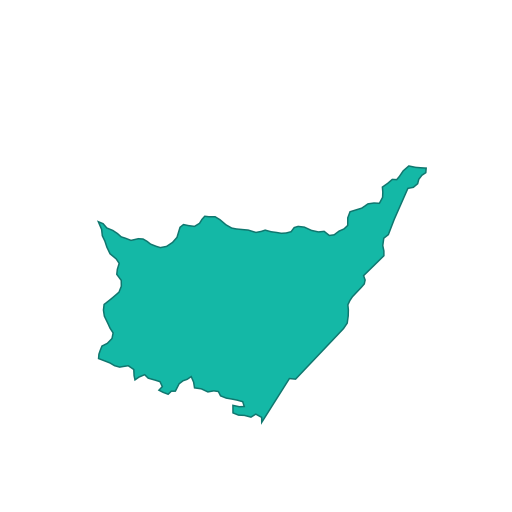 outline of São Miguel das Matas, Bahia, Brazil, rotated 319°
{"feature_id": "56859067B28350872520610", "entity_name": "São Miguel das Matas", "entity_type": "district", "adm_level": 2, "iso_a3": "BRA", "parent_name": "Brazil", "parent_adm1": "Bahia", "projection": "robinson", "projection_center": [-39.418, -13.038], "detail": "fine", "context": "isolated", "style": "filled", "palette": "teal", "viewbox_px": 512, "rotation_deg": 319, "n_neighbors": 0, "source": "geoboundaries", "source_scale": "gbopen_adm2", "svg_char_len": 2173}
<svg xmlns="http://www.w3.org/2000/svg" viewBox="0 0 512 512"><g transform="rotate(319 256 256)"><path d="M151.2,385.3L200.8,370.4L205.1,374.9L274.4,368.2L280.8,366.5L286.4,361.6L290.4,357.2L293.3,353.1L297.6,351.2L302.0,350.0L315.3,348.7L319.4,348.1L322.6,345.7L324.3,341.4L352.7,339.7L355.8,336.1L358.5,331.3L364.1,326.4L369.9,326.7L379.7,321.5L384.4,319.0L415.0,304.6L419.8,307.4L425.4,307.5L429.2,304.9L434.2,303.9L438.8,304.5L442.1,301.3L438.6,297.9L434.6,293.8L430.4,288.3L423.0,288.3L416.6,290.0L412.3,290.7L409.1,287.6L403.3,287.6L396.6,286.9L393.6,291.0L390.0,294.8L383.7,297.2L379.8,293.4L374.7,290.1L367.3,289.3L361.9,286.9L356.0,284.3L350.3,287.4L345.3,293.1L340.1,293.3L335.0,291.7L328.9,291.3L324.8,288.6L323.6,282.1L318.9,278.8L314.6,273.0L311.4,265.9L307.2,261.3L303.5,259.6L298.4,260.7L293.8,258.4L290.0,255.5L287.0,251.8L283.3,247.6L279.9,242.5L276.1,240.9L271.4,238.2L267.1,231.3L262.5,226.5L258.9,222.7L256.0,219.0L253.8,212.8L252.6,204.9L250.9,199.6L246.3,195.6L243.4,192.4L239.3,192.9L234.8,194.3L229.0,193.3L225.0,188.8L221.9,184.7L217.5,184.5L212.9,187.4L208.6,190.1L201.9,191.0L194.8,190.1L189.3,186.9L187.0,183.2L184.2,177.8L183.4,173.5L181.9,169.1L178.6,165.8L171.9,162.2L169.1,156.9L166.8,153.1L166.2,148.3L164.7,142.8L161.8,137.0L161.8,131.3L159.5,126.7L156.9,134.7L153.3,139.9L151.7,145.7L149.3,151.4L147.3,158.6L148.6,166.5L147.9,171.8L142.6,175.1L138.9,178.5L138.3,186.0L134.5,190.5L128.9,193.4L120.8,193.4L115.2,193.2L109.6,192.9L105.4,196.7L102.1,201.9L99.8,210.4L98.5,214.7L97.7,220.3L93.2,223.8L86.5,224.4L80.7,222.9L76.6,225.0L73.1,227.0L69.9,230.1L73.3,236.5L75.6,240.9L77.3,246.0L80.2,250.4L83.8,252.6L87.6,255.0L89.3,261.5L85.5,266.3L83.4,270.1L88.2,270.6L94.1,272.5L94.5,277.5L98.3,283.3L101.1,287.9L99.6,293.1L94.7,293.6L96.4,297.9L99.0,302.7L103.4,302.5L106.5,305.1L114.1,302.0L119.1,302.3L123.1,303.9L128.0,304.5L126.2,310.2L123.1,315.2L127.6,320.4L130.5,327.0L135.7,330.1L138.7,333.6L137.5,338.3L140.3,343.7L143.9,348.1L147.0,352.1L150.4,357.2L148.4,361.9L144.5,358.8L140.6,353.6L135.7,359.3L138.4,364.6L142.7,368.7L146.5,374.3L152.1,375.2L154.4,381.5L151.2,385.3Z" fill="#14b8a6" stroke="#0f766e" stroke-width="1.5"/></g></svg>